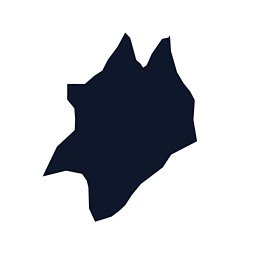 Riga, Robinson projection, rotated 105°
{"feature_id": "LVA-1094", "entity_name": "Riga", "entity_type": "Republican City", "adm_level": 1, "iso_a3": "LVA", "parent_name": "Latvia", "parent_adm1": "", "projection": "robinson", "projection_center": [24.094, 56.981], "detail": "fine", "context": "isolated", "style": "filled", "palette": "ink", "viewbox_px": 256, "rotation_deg": 105, "n_neighbors": 0, "source": "natural_earth", "source_scale": "10m", "svg_char_len": 715}
<svg xmlns="http://www.w3.org/2000/svg" viewBox="0 0 256 256"><g transform="rotate(105 128 128)"><path d="M29.9,111.5L42.9,107.1L62.0,95.6L71.0,86.4L77.3,77.8L84.2,71.4L103.5,67.6L122.7,58.8L142.0,80.0L147.3,81.8L156.7,84.9L178.3,101.7L191.0,107.5L203.2,111.5L209.9,115.7L217.2,121.4L226.1,135.4L215.5,144.1L195.3,150.2L189.3,153.4L183.4,160.1L184.5,177.0L195.5,196.9L164.7,191.1L143.9,178.1L132.6,180.7L122.4,184.3L118.2,190.1L115.9,193.4L110.3,194.9L101.7,197.2L99.4,188.5L97.3,180.6L86.4,173.2L79.6,167.0L67.5,164.4L52.1,158.3L37.7,154.9L41.0,149.7L60.7,138.2L63.4,132.8L66.9,128.9L62.8,125.5L50.3,123.5L43.6,121.1L33.6,117.5L30.8,111.8L29.9,111.5Z" fill="#0f172a" stroke="#020617" stroke-width="1.5"/></g></svg>